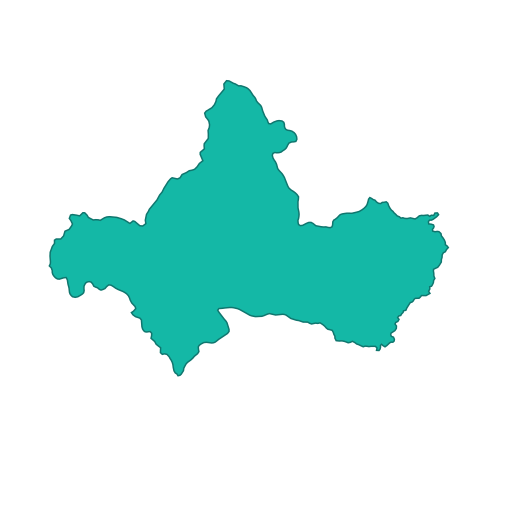 outline of São João do Paraíso, Minas Gerais, Brazil, rotated 317°
{"feature_id": "56859067B19392310685118", "entity_name": "São João do Paraíso", "entity_type": "district", "adm_level": 2, "iso_a3": "BRA", "parent_name": "Brazil", "parent_adm1": "Minas Gerais", "projection": "albers", "projection_center": [-41.967, -15.359], "detail": "fine", "context": "isolated", "style": "filled", "palette": "teal", "viewbox_px": 512, "rotation_deg": 317, "n_neighbors": 0, "source": "geoboundaries", "source_scale": "gbopen_adm2", "svg_char_len": 6152}
<svg xmlns="http://www.w3.org/2000/svg" viewBox="0 0 512 512"><g transform="rotate(317 256 256)"><path d="M98.1,122.3L98.2,125.0L97.1,127.6L95.6,129.3L94.8,131.1L94.5,133.0L94.5,135.2L95.1,137.3L96.4,138.8L100.5,140.8L102.5,142.3L101.7,144.9L99.3,148.4L97.5,151.8L94.8,155.4L94.1,157.0L93.9,158.6L94.0,160.6L95.6,162.9L97.9,164.3L101.3,165.1L103.2,165.4L104.9,165.3L106.7,164.1L108.0,162.4L109.6,160.8L111.5,160.0L113.2,159.6L114.8,159.9L116.5,160.9L117.6,162.6L117.5,165.1L116.8,167.5L117.5,169.4L118.4,171.1L118.7,173.6L119.4,175.2L121.0,176.0L123.3,176.8L126.0,176.5L128.6,176.7L130.1,178.5L130.8,180.9L131.4,183.8L132.3,186.4L134.5,191.2L135.1,193.1L135.6,195.3L135.6,197.9L135.0,200.1L133.9,202.6L133.1,205.6L133.1,210.6L132.1,212.5L128.6,212.8L126.3,212.4L125.9,215.0L126.5,218.2L128.7,222.2L128.6,224.6L124.3,230.0L123.3,232.0L122.9,234.1L123.2,235.8L124.3,237.1L125.7,238.0L127.1,239.2L127.0,241.4L125.4,243.0L123.1,244.6L123.6,249.5L122.8,252.4L123.2,255.3L123.7,258.0L120.2,261.5L120.4,264.0L122.3,265.1L123.8,267.2L123.8,270.5L123.3,272.2L122.9,274.5L122.2,276.7L121.2,278.7L119.4,281.2L117.7,284.1L117.2,286.5L117.7,288.3L117.3,290.4L119.1,291.4L120.8,291.4L124.7,290.4L126.7,288.8L129.2,287.9L131.4,287.2L133.5,287.1L137.6,287.6L140.3,287.6L142.6,287.3L146.6,287.6L149.0,287.0L150.3,285.0L151.8,283.1L153.6,282.6L156.0,282.9L158.8,283.7L160.9,285.3L164.3,289.4L165.8,290.5L167.3,291.1L168.9,291.3L171.9,291.5L182.3,293.2L184.8,292.8L186.2,291.3L189.2,285.1L189.6,283.2L189.7,280.3L190.5,272.1L191.0,269.5L193.0,269.1L195.6,271.2L198.0,272.9L201.6,275.7L203.2,277.2L204.3,278.5L206.6,281.9L207.5,283.8L208.9,288.1L211.1,295.1L212.0,296.8L214.2,299.9L219.2,304.1L221.1,305.0L224.7,306.3L226.6,307.3L230.1,312.5L235.9,316.9L237.0,318.3L237.7,319.7L238.9,325.5L241.7,330.4L243.4,332.6L245.4,336.4L248.7,339.6L249.4,341.9L250.3,343.6L253.8,345.7L255.2,347.4L257.3,348.6L258.1,351.8L258.4,354.2L258.3,356.7L258.6,358.6L259.6,360.0L261.0,362.3L260.5,364.4L259.5,366.5L259.0,368.5L257.7,369.9L256.9,372.6L258.9,374.9L261.0,376.7L262.3,378.5L263.5,380.7L264.2,382.3L266.0,383.4L268.4,384.2L269.3,386.9L269.6,389.0L270.6,390.8L271.5,393.1L272.5,395.5L274.3,396.3L275.6,397.7L276.8,399.3L278.4,400.4L281.7,403.5L281.8,405.8L279.8,407.2L281.5,409.0L283.2,408.7L284.9,407.6L286.0,406.3L287.6,406.2L287.8,408.3L288.4,410.4L290.5,410.7L294.4,410.7L296.0,411.1L297.3,412.4L299.0,412.4L300.4,411.3L301.2,409.1L300.2,407.1L300.8,405.5L302.1,404.5L306.7,405.3L309.2,404.7L311.0,403.0L311.3,400.5L312.9,399.9L315.1,400.6L317.4,399.9L317.6,397.6L319.4,397.2L321.3,398.2L323.3,397.6L325.0,397.6L326.5,396.7L328.6,397.9L330.8,396.9L334.9,395.8L337.1,395.3L338.7,396.1L340.5,396.1L342.0,395.5L343.6,395.6L346.5,398.1L348.3,398.1L350.1,397.8L353.3,400.9L357.7,402.0L358.2,399.5L360.6,398.7L362.1,396.9L363.7,397.8L365.3,397.4L367.5,396.5L369.3,395.0L371.5,394.4L372.4,392.0L374.3,389.8L375.5,388.0L376.8,386.8L378.8,387.4L381.2,388.2L383.8,387.8L387.4,386.8L389.2,385.0L391.1,383.9L393.0,382.1L395.3,381.4L397.4,382.0L399.7,381.2L402.4,381.0L402.6,378.9L402.2,376.9L403.7,375.2L404.6,372.9L405.1,370.4L405.3,367.8L406.6,365.7L406.4,363.0L405.3,361.6L403.5,360.4L402.2,358.3L403.3,356.8L405.0,356.6L406.4,355.8L407.0,354.3L405.9,352.3L404.2,350.3L405.5,348.5L407.3,348.1L408.9,349.5L410.7,350.0L414.9,350.5L417.7,350.3L418.1,348.3L416.2,346.6L413.6,347.5L412.0,345.7L410.1,345.5L409.6,343.2L406.0,340.5L404.8,339.2L402.8,338.0L399.9,337.9L397.6,337.4L394.9,333.4L392.1,331.7L390.4,329.9L389.5,328.2L387.8,327.1L387.6,325.1L386.6,323.0L386.6,320.7L386.4,318.6L386.6,316.6L386.3,314.9L386.5,312.8L387.2,310.0L388.4,307.3L388.2,305.2L386.2,304.0L384.9,302.9L383.0,302.7L381.6,301.1L381.0,298.8L381.1,296.3L380.2,294.7L379.8,292.8L379.1,290.9L377.1,291.2L375.5,292.3L372.4,294.1L370.2,294.7L367.5,294.8L364.9,294.5L361.8,293.8L359.7,292.7L355.3,290.2L351.8,286.8L349.7,285.3L347.7,284.0L345.8,283.2L344.1,283.2L341.7,283.4L339.0,283.2L337.3,282.8L335.5,283.4L333.1,285.6L331.4,286.5L329.6,285.9L328.2,284.3L327.0,282.4L325.3,281.0L323.8,279.3L320.4,274.7L319.9,271.2L319.2,269.0L317.4,267.4L315.0,266.5L311.0,265.4L309.1,264.0L308.6,262.0L309.6,260.2L311.0,258.5L312.7,257.6L314.4,256.3L316.0,254.8L317.3,253.1L319.5,249.5L323.7,244.9L325.7,243.4L327.5,241.7L327.9,239.0L327.8,236.7L327.4,234.3L326.7,231.9L326.4,229.0L326.8,226.9L329.2,220.7L330.3,218.0L330.9,215.5L331.2,213.5L331.2,209.1L331.5,206.8L333.6,202.9L334.4,200.5L334.8,197.8L335.4,195.6L336.6,193.5L338.3,192.5L340.3,193.1L341.6,194.7L343.3,196.1L345.2,197.1L347.4,197.3L349.5,197.7L351.4,197.7L353.2,197.2L354.9,196.5L357.1,195.9L359.7,196.8L361.5,198.3L363.3,199.4L365.5,198.5L367.0,196.5L367.9,194.0L368.0,191.7L367.4,189.2L366.2,187.2L364.9,185.6L364.2,183.9L364.4,182.2L365.2,180.6L366.6,179.0L367.5,177.2L367.1,175.0L365.2,172.7L363.5,171.5L360.4,170.2L356.8,169.4L355.6,167.8L356.2,165.9L357.0,164.3L357.8,159.7L359.8,154.5L361.6,151.0L362.1,149.1L361.9,145.0L362.1,142.9L362.9,141.0L363.3,139.2L363.4,136.5L364.4,131.0L364.3,128.5L363.9,126.6L362.7,124.1L361.1,121.3L359.3,119.7L358.2,116.0L357.3,114.4L355.7,109.6L354.0,107.7L349.8,108.3L346.6,112.3L337.9,113.4L334.3,114.1L332.2,115.6L328.8,117.0L324.9,117.5L318.3,116.1L315.9,116.5L314.1,119.9L313.8,123.6L313.4,125.4L311.5,128.4L309.4,130.2L306.6,131.5L304.4,134.2L301.3,137.5L294.7,138.6L293.2,140.0L291.3,142.4L285.9,142.2L284.5,143.6L282.1,150.1L277.7,149.7L273.8,150.6L270.2,150.7L267.9,149.7L265.3,148.1L261.9,147.5L257.5,146.0L253.8,147.0L251.1,146.1L248.0,141.6L246.2,141.3L242.4,141.7L234.9,143.7L231.0,145.2L227.1,145.7L221.8,147.5L209.8,149.1L208.0,149.9L204.3,150.9L199.5,154.3L197.5,157.2L193.6,156.8L191.7,154.7L190.9,148.0L190.0,146.5L186.0,146.2L184.3,139.8L182.9,136.9L180.5,132.8L175.7,127.4L173.5,125.7L171.2,124.7L166.4,123.7L165.4,122.1L163.6,120.2L161.5,118.6L159.7,113.5L160.3,110.8L160.2,107.6L158.9,106.3L154.4,106.4L152.7,103.9L150.0,100.5L148.3,99.6L145.1,101.2L144.8,103.7L143.6,107.4L141.8,108.2L137.5,109.1L133.2,107.6L129.0,110.1L124.8,110.4L121.4,107.3L119.4,107.0L117.2,109.4L113.6,110.1L108.1,112.9L105.3,115.6L101.6,120.2L100.0,121.6L98.1,122.3Z" fill="#14b8a6" stroke="#0f766e" stroke-width="1.5"/></g></svg>